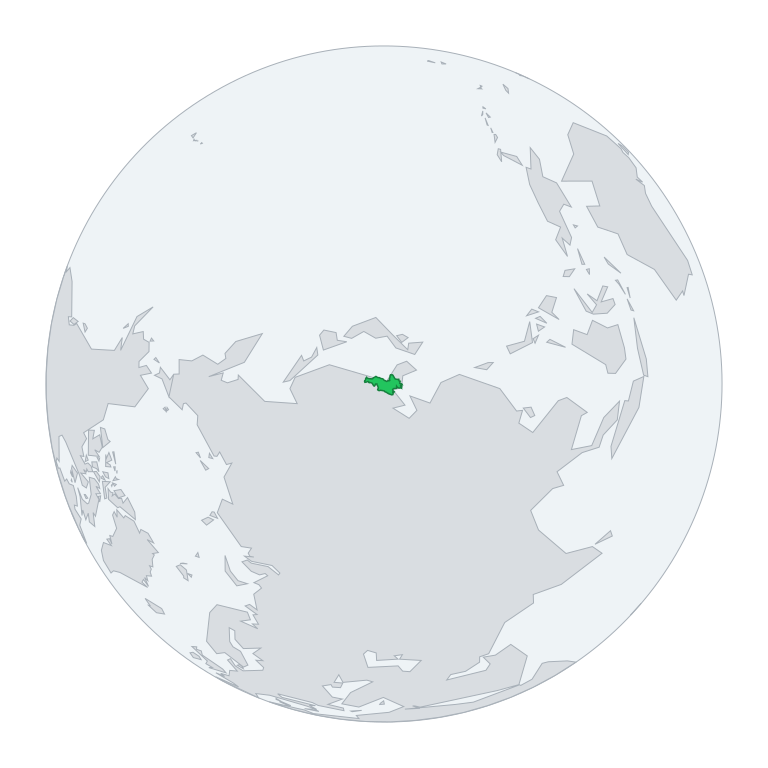 the Earth from above North Korea, rotated 240°
{"feature_id": "PRK", "entity_name": "North Korea", "entity_type": "country or territory", "adm_level": 0, "iso_a3": "PRK", "parent_name": "Asia", "parent_adm1": "", "projection": "orthographic", "projection_center": [127.346, 40.359], "detail": "medium", "context": "on_globe", "style": "filled", "palette": "green", "viewbox_px": 768, "rotation_deg": 240, "n_neighbors": 0, "source": "natural_earth", "source_scale": "50m", "svg_char_len": 13546}
<svg xmlns="http://www.w3.org/2000/svg" viewBox="0 0 768 768"><g transform="rotate(240 384 384)"><circle cx="384" cy="384" r="338" fill="#eef3f6" stroke="#a8b0b8"/><path d="M642.1,582.8L641.9,584.2L641.5,584.6L642.1,582.8ZM638.0,161.1L637.9,161.4L639.9,163.3L644.4,168.7L640.0,165.0L641.8,170.2L628.7,165.1L598.3,147.1L600.1,144.3L592.6,141.0L589.9,144.7L590.0,148.1L560.5,148.1L547.9,167.3L555.1,180.6L544.8,172.7L565.9,203.8L566.2,222.6L559.0,197.2L553.0,191.5L549.8,201.7L543.0,198.2L537.5,201.4L529.6,196.7L526.0,183.1L520.8,180.0L518.9,187.5L509.7,188.1L513.3,177.4L497.8,177.6L488.8,156.8L505.0,135.3L493.3,123.0L492.0,99.5L485.4,99.1L480.7,91.0L471.3,87.8L473.7,85.2L464.1,85.0L463.7,88.1L459.3,89.3L453.7,87.9L455.9,84.0L459.0,84.1L456.7,82.3L460.2,81.1L455.3,80.9L458.5,76.9L447.1,79.0L442.8,74.2L447.2,72.1L457.4,74.8L493.1,79.4L500.7,79.6L501.1,76.3L479.4,64.0L483.4,63.7L481.0,61.4L473.9,59.9L473.3,61.3L459.5,58.9L460.4,61.7L454.9,61.5L451.5,64.2L440.5,61.3L431.6,57.4L433.9,55.3L430.1,53.8L418.6,54.3L413.8,49.9L394.9,46.9L395.0,46.6L411.8,47.3L435.4,50.1L446.7,52.0L471.0,57.5L494.9,64.8L518.1,73.8L540.6,84.5L562.2,96.9L582.9,110.8L602.5,126.2L620.9,143.0L638.0,161.1ZM435.7,50.1L431.4,49.4L435.7,50.1ZM695.4,347.2L692.6,341.7L695.4,341.4L695.4,347.2ZM690.1,340.9L691.3,342.2L690.2,341.7L690.1,340.9ZM688.8,342.2L689.8,341.3L689.0,343.0L688.8,342.2ZM687.4,344.8L688.1,343.1L688.1,343.6L687.4,344.8ZM684.2,346.8L683.3,347.1L683.6,344.9L684.2,346.8ZM591.1,150.4L590.6,145.3L595.5,143.6L596.8,148.1L591.1,150.4ZM580.6,155.0L578.5,151.1L587.1,153.9L585.6,155.2L580.6,155.0ZM561.8,191.4L562.6,185.9L564.1,192.6L561.8,191.4ZM538.1,202.8L540.0,205.6L536.4,206.1L538.1,202.8ZM457.7,65.7L454.7,64.9L456.9,64.8L457.7,65.7ZM459.1,67.8L463.9,68.2L465.3,69.3L462.3,69.0L459.1,67.8ZM521.0,199.6L514.5,200.0L520.4,197.1L521.0,199.6ZM453.0,67.1L467.1,71.2L469.4,73.2L460.1,74.0L453.0,67.1ZM510.3,198.7L494.7,200.7L497.6,206.8L480.4,191.3L499.4,194.3L506.3,189.6L505.8,195.1L510.3,198.7ZM466.0,89.8L466.2,86.4L471.2,90.6L466.0,89.8ZM470.2,92.3L491.8,105.1L488.7,110.0L482.1,104.4L482.2,112.4L470.1,108.4L467.3,103.1L471.7,100.6L463.7,101.1L470.2,92.3ZM473.4,182.8L469.1,181.6L473.0,180.4L473.4,182.8ZM457.9,90.1L462.6,92.0L460.2,96.3L450.5,93.3L454.4,92.8L457.9,90.1ZM488.2,116.7L484.7,119.7L473.9,117.1L471.1,118.1L469.5,108.7L488.2,116.7ZM452.1,91.2L445.6,91.8L441.7,88.6L453.3,88.6L452.1,91.2ZM463.7,98.8L462.1,100.8L459.8,98.6L463.7,98.8ZM423.9,78.8L429.5,80.4L428.8,82.7L423.9,78.8ZM443.5,92.2L444.9,93.3L445.2,94.5L440.3,94.4L443.5,92.2ZM462.1,107.8L458.3,106.3L462.2,111.5L454.2,110.2L454.6,104.4L451.1,106.4L448.7,106.0L451.7,101.7L462.1,107.8ZM436.2,98.0L434.0,90.9L423.8,87.0L424.2,84.7L440.5,91.5L436.2,98.0ZM445.1,100.5L439.7,98.4L442.9,96.4L448.6,96.6L445.1,100.5ZM448.7,111.6L460.8,115.0L460.3,116.2L448.7,111.6ZM432.6,97.2L433.3,99.0L431.5,97.1L432.6,97.2ZM443.1,107.5L447.4,108.4L446.7,109.8L443.1,107.5ZM430.9,102.0L430.2,99.6L434.0,99.5L430.9,102.0ZM436.0,104.8L434.0,106.4L435.8,101.0L438.0,105.0L436.0,104.8ZM441.7,108.6L442.7,109.7L440.0,108.0L441.7,108.6ZM416.8,103.9L418.2,97.1L426.6,96.8L424.2,103.4L416.8,103.9ZM166.2,125.7L146.5,146.6L141.6,152.0L133.8,158.2L106.8,195.0L110.8,194.3L97.1,224.3L94.8,239.8L112.9,226.7L116.8,200.7L128.1,187.6L133.5,200.8L131.7,225.3L136.1,221.1L146.1,199.3L154.8,199.5L150.6,191.6L145.6,198.8L142.8,194.5L147.3,187.8L150.2,187.8L153.3,179.7L138.7,182.7L132.0,190.4L134.6,175.2L123.6,186.8L121.1,186.0L138.6,166.2L143.9,162.7L168.9,137.0L163.6,139.0L139.7,163.8L143.1,158.7L135.8,163.0L144.0,155.8L171.6,129.4L180.0,118.2L174.9,118.5L207.2,96.0L214.7,91.8L194.4,106.6L200.4,104.0L218.0,94.0L210.4,99.8L215.1,97.9L208.8,103.9L213.1,107.2L208.7,113.4L223.2,110.5L222.9,113.7L214.4,114.2L206.1,118.5L196.7,135.9L198.6,138.0L208.8,135.0L205.0,140.7L216.1,135.7L216.9,145.3L225.2,129.9L237.4,127.3L244.9,131.4L250.4,128.1L238.1,121.6L231.9,121.8L224.2,126.1L208.6,125.6L209.1,120.8L231.0,111.8L234.1,104.3L249.9,101.7L273.2,118.8L276.4,129.0L254.7,151.6L246.6,150.4L250.3,141.3L235.1,152.3L242.0,150.1L238.7,155.2L249.6,155.1L247.8,158.8L261.2,152.8L260.3,157.4L251.8,161.1L267.1,166.1L268.5,175.9L272.8,175.3L277.0,172.0L276.1,187.4L279.3,186.3L280.9,180.8L288.2,175.4L301.0,172.1L299.9,177.6L295.2,179.5L283.8,192.3L271.4,197.2L272.3,199.3L282.8,196.3L296.7,180.6L304.7,177.1L299.2,184.8L301.8,181.7L305.4,181.8L308.1,187.2L314.6,179.1L355.9,175.3L365.1,186.4L355.6,193.0L383.4,198.9L391.6,212.7L393.0,207.3L407.3,207.7L404.9,203.2L406.6,200.8L442.1,201.8L449.7,206.9L466.5,203.0L467.3,200.5L462.6,196.3L480.4,191.3L497.6,206.8L495.1,211.6L507.6,218.8L500.1,229.1L499.6,241.6L484.2,249.9L485.2,259.8L490.0,261.6L494.9,276.9L488.5,303.8L472.6,273.9L478.0,235.9L474.0,250.3L468.6,244.9L463.3,249.0L460.9,259.9L464.6,262.3L428.6,272.0L410.4,299.0L427.0,300.2L434.2,310.4L428.0,346.3L384.9,387.5L394.0,404.9L392.4,415.0L379.8,419.1L381.7,404.4L371.8,397.1L374.8,388.7L355.2,391.6L358.6,379.7L341.7,388.6L344.7,399.3L360.7,400.5L344.5,414.3L356.8,434.1L354.6,454.1L322.1,482.0L294.3,485.3L291.9,490.8L282.7,481.2L267.6,488.6L282.4,526.6L280.9,535.6L257.8,545.8L257.9,539.1L233.5,513.5L226.8,533.1L245.1,557.6L251.4,579.4L236.3,568.1L230.2,548.3L221.7,538.7L225.5,521.3L221.5,490.0L206.4,488.9L209.1,477.8L201.2,447.8L180.3,444.8L146.2,456.9L139.0,483.2L128.4,488.2L121.8,437.3L127.1,408.0L119.6,404.0L117.1,369.3L98.1,339.8L99.9,330.4L95.3,327.7L94.4,311.0L99.0,296.5L96.3,290.3L85.1,329.1L88.5,336.0L97.8,333.4L93.5,344.9L95.1,363.6L76.9,372.1L56.2,350.5L61.8,329.1L86.1,253.7L89.7,249.8L90.2,249.1L90.9,247.8L85.2,252.9L92.0,239.5L70.7,285.8L63.8,302.3L55.7,351.0L54.6,351.7L54.3,364.6L63.0,381.3L61.3,387.4L52.5,404.4L47.2,411.1L46.1,386.4L46.8,361.7L49.3,337.2L53.7,312.8L59.7,288.9L67.6,265.5L77.1,242.7L88.2,220.6L100.9,199.4L115.2,179.3L130.8,160.2L147.9,142.3L166.2,125.7ZM121.9,262.6L126.0,278.0L137.9,259.9L140.4,264.6L143.5,257.0L138.7,258.6L148.3,239.4L155.0,242.8L161.5,236.6L160.4,231.2L146.6,228.4L132.8,255.3L126.0,256.6L121.9,262.6ZM404.3,46.7L395.8,46.5L399.7,46.5L397.7,46.4L404.3,46.7ZM420.8,48.1L428.8,49.1L427.4,48.9L420.5,48.1L420.8,48.1ZM247.2,84.4L240.7,87.7L236.7,87.8L242.4,82.1L248.2,81.6L247.2,84.4ZM232.4,92.5L252.7,86.4L250.0,90.4L248.0,89.0L244.2,92.3L240.1,91.1L217.8,101.8L212.8,102.8L226.0,90.5L224.4,93.6L230.9,89.9L232.4,92.5ZM309.1,70.6L317.8,69.9L300.6,79.2L294.5,78.9L299.7,72.6L310.1,69.4L309.1,70.6ZM433.7,68.7L438.2,69.2L437.6,70.1L433.3,70.4L433.7,68.7ZM426.6,79.4L413.7,68.0L418.1,67.8L405.2,62.3L411.9,59.9L420.0,63.3L415.5,57.9L425.5,60.1L421.1,56.7L438.6,64.6L447.4,66.9L435.0,65.1L428.6,67.1L428.5,68.7L434.8,75.2L450.6,82.1L446.8,85.8L440.0,86.7L435.6,85.6L439.4,83.4L430.8,83.6L433.0,79.6L426.6,79.4ZM361.5,105.0L367.7,101.1L350.8,104.3L352.9,98.8L350.8,99.6L348.1,95.6L341.2,92.4L343.8,90.1L340.0,89.9L338.1,87.5L333.8,86.6L336.8,82.4L331.8,81.1L336.1,79.9L326.5,78.9L335.0,77.9L333.4,75.3L326.0,77.6L352.8,61.1L357.5,56.3L356.8,53.1L371.4,52.8L381.3,56.1L387.0,61.8L380.4,67.1L388.2,66.4L387.3,68.9L381.5,68.4L389.9,70.8L387.6,72.9L392.7,80.3L406.2,83.4L408.4,86.5L402.0,86.3L408.7,89.7L398.1,91.7L399.4,94.1L390.2,98.9L377.1,97.8L379.6,100.7L372.7,105.0L361.5,105.0ZM413.9,105.1L397.7,104.1L390.9,100.9L409.7,94.0L410.0,91.5L421.8,87.8L431.4,92.7L427.1,93.2L425.2,94.9L423.0,92.7L423.4,95.8L417.5,96.8L416.2,99.6L411.3,98.4L413.9,105.1ZM142.6,152.9L140.1,156.3L137.6,160.7L133.0,163.9L142.6,152.9ZM161.2,134.6L159.8,136.7L152.0,142.5L154.7,139.3L161.2,134.6ZM165.7,133.3L160.4,136.4L164.8,132.8L165.7,133.3ZM213.8,116.3L213.2,118.7L210.5,119.9L207.8,119.8L213.8,116.3ZM311.6,116.0L316.3,113.6L317.8,114.5L329.9,112.9L329.3,117.2L321.7,119.9L311.6,116.0ZM109.8,225.3L106.6,224.2L108.6,220.0L109.3,221.2L109.8,225.3ZM117.3,191.8L112.5,201.5L116.1,192.6L117.3,191.8ZM313.0,120.5L318.1,119.2L314.6,122.2L313.0,120.5ZM329.4,120.4L326.5,123.8L330.6,117.6L329.4,120.4ZM61.1,483.7L60.6,481.7L65.5,497.0L61.1,483.7ZM335.4,640.2L345.9,642.7L345.6,643.7L335.4,640.2ZM324.5,634.9L336.2,637.1L322.6,636.8L324.5,634.9ZM340.9,637.9L352.9,637.4L358.1,636.3L357.3,638.4L340.9,637.9ZM316.5,633.5L274.6,623.7L258.4,616.2L261.9,613.3L288.2,621.4L316.5,633.5ZM260.6,612.8L236.3,593.1L205.5,544.0L216.5,549.4L249.2,584.2L247.1,587.2L261.8,601.4L260.6,612.8ZM320.8,605.6L318.5,616.2L295.1,610.3L284.6,606.0L277.4,589.8L281.4,583.3L289.9,585.7L324.5,566.7L336.2,575.4L325.2,584.6L334.9,596.4L320.8,605.6ZM139.7,486.6L143.7,506.8L138.2,505.7L139.7,486.6ZM339.7,550.0L325.0,559.6L338.8,545.8L339.7,550.0ZM348.7,535.8L349.0,542.2L343.8,535.2L348.7,535.8ZM290.4,499.8L281.3,498.8L281.7,494.1L293.5,492.6L290.4,499.8ZM352.9,470.8L350.5,484.8L348.0,489.3L345.0,480.1L352.9,470.8ZM315.0,160.6L298.8,157.4L286.7,159.2L279.3,165.9L282.8,155.6L301.4,152.9L315.0,160.6ZM350.9,172.7L357.3,167.5L359.3,171.2L358.0,172.9L350.9,172.7ZM351.5,168.5L350.5,159.8L357.2,157.9L356.6,165.1L351.5,168.5ZM331.1,138.5L326.3,137.2L329.2,134.6L331.1,138.5ZM462.5,711.6L460.6,710.2L475.3,707.0L470.5,709.6L462.5,711.6ZM575.6,662.4L581.5,658.1L583.3,655.8L584.0,656.4L587.8,653.6L575.6,662.4ZM404.0,704.7L339.2,708.7L324.4,705.5L326.8,702.6L310.6,688.0L315.3,689.1L310.5,679.0L348.0,675.5L374.5,659.3L397.0,661.7L413.0,647.6L436.6,648.3L430.3,659.9L455.7,665.6L470.9,639.2L488.3,663.3L508.0,667.8L515.7,678.5L487.4,700.9L469.3,706.9L465.0,706.7L457.7,709.1L445.2,710.4L436.6,706.8L429.5,708.9L435.5,704.5L425.7,708.7L418.3,705.8L404.0,704.7ZM573.6,637.3L577.5,636.3L584.2,636.9L577.9,639.1L573.6,637.3ZM632.2,594.2L634.3,594.5L630.1,597.8L632.2,594.2ZM641.5,584.6L636.5,589.0L642.1,582.8L641.5,584.6ZM592.3,616.0L594.5,616.6L592.9,617.8L592.3,616.0ZM590.7,616.2L592.8,612.9L592.7,615.4L590.7,616.2ZM571.3,609.8L573.5,607.6L574.6,608.3L571.3,609.8ZM361.5,644.6L375.8,638.2L383.9,638.1L361.5,644.6ZM567.8,607.9L562.0,609.5L562.5,607.8L567.8,607.9ZM568.0,604.3L567.3,602.4L571.1,606.1L568.0,604.3ZM556.7,602.8L563.9,604.6L555.9,603.5L556.7,602.8ZM552.5,604.5L547.4,604.1L547.7,603.4L552.5,604.5ZM496.7,618.8L515.6,628.8L500.9,631.0L484.1,625.2L471.9,634.0L443.6,634.7L449.8,629.6L445.8,622.4L417.1,619.7L411.3,614.5L421.3,611.3L402.7,606.7L423.1,604.8L431.6,615.4L443.2,607.0L463.7,608.1L483.9,609.9L500.6,615.4L496.7,618.8ZM423.6,627.6L427.1,627.6L424.1,630.6L423.6,627.6ZM537.7,601.0L545.1,604.1L544.3,605.5L540.7,605.6L537.7,601.0ZM504.3,613.1L522.1,601.8L526.4,601.1L514.7,612.7L504.3,613.1ZM517.6,597.0L526.0,596.7L530.6,600.6L528.9,602.3L517.6,597.0ZM382.0,616.6L381.2,619.4L376.0,616.7L382.0,616.6ZM388.7,615.3L404.5,619.3L387.3,617.7L388.7,615.3ZM341.9,600.1L346.3,607.7L360.4,605.0L349.6,610.1L359.5,622.5L356.3,626.3L346.5,613.1L343.5,625.0L337.3,623.9L333.7,612.7L339.8,600.3L346.0,595.5L371.6,596.2L341.9,600.1ZM388.4,606.8L384.3,598.2L387.5,592.9L391.9,597.6L388.4,606.8ZM372.6,576.6L362.2,565.2L352.3,567.9L372.8,555.9L379.3,568.9L372.6,576.6ZM364.5,553.0L355.2,555.4L365.1,548.1L364.5,553.0ZM353.1,551.6L352.5,544.1L359.6,546.1L353.1,551.6ZM369.2,553.9L371.8,541.6L375.0,549.4L369.2,553.9ZM350.8,527.0L365.2,541.4L345.6,533.3L347.0,508.4L355.5,509.1L350.8,527.0ZM412.1,428.1L411.2,420.2L419.5,419.1L417.8,424.8L412.1,428.1ZM445.7,410.2L421.4,416.3L401.8,421.7L407.0,425.8L400.9,438.5L394.2,425.4L409.3,412.3L423.9,410.6L427.8,399.7L439.6,392.8L439.7,378.8L445.4,373.1L449.8,385.5L445.7,410.2ZM439.2,372.9L443.7,348.5L458.5,352.6L460.8,358.9L452.5,368.2L445.2,365.4L439.2,372.9ZM449.2,344.0L442.2,341.2L434.0,304.2L436.0,297.7L450.0,326.9L444.1,326.0L443.5,334.7L449.2,344.0ZM469.5,184.6L469.2,181.9L472.2,184.4L469.5,184.6ZM405.0,198.4L407.9,195.5L411.3,198.2L405.0,198.4ZM417.8,189.1L411.8,188.1L418.5,186.9L417.8,189.1ZM398.5,186.5L409.7,186.6L398.4,189.9L398.5,186.5Z" fill="#d9dde1" stroke="#a8b0b8" stroke-width="1"/><path d="M388.7,394.2L388.6,394.3L387.8,395.8L387.2,396.1L383.8,396.1L382.8,396.2L382.4,396.5L381.3,398.0L380.8,398.4L380.8,399.1L380.7,399.2L379.5,398.6L378.7,398.9L378.5,399.3L378.3,399.4L378.0,398.6L377.5,398.6L376.7,397.9L376.3,398.1L375.8,398.9L375.2,399.4L374.7,399.4L374.8,399.3L374.5,398.7L373.6,398.5L373.0,398.2L374.3,397.5L374.1,397.3L373.1,397.3L372.7,397.1L372.1,397.1L371.7,397.0L372.6,396.4L372.6,395.7L373.1,394.9L373.5,394.5L374.6,393.9L375.8,393.8L375.2,393.4L374.6,393.4L374.0,393.0L374.0,392.6L375.2,390.2L375.0,388.8L373.8,388.4L372.3,387.4L372.2,387.5L372.1,388.0L371.7,388.2L371.4,387.2L370.4,386.4L370.7,385.3L373.0,383.3L373.5,383.2L373.6,382.9L373.8,382.8L374.9,382.2L375.4,382.1L376.2,381.4L376.4,381.4L376.8,380.9L378.0,380.7L378.7,379.7L379.1,379.4L379.9,378.3L380.2,378.1L380.7,376.4L381.3,376.0L381.5,376.0L382.1,375.6L382.5,375.8L383.0,376.6L383.1,376.9L383.3,377.1L385.5,377.6L386.5,377.5L386.9,377.6L387.6,377.9L388.2,376.9L388.2,376.6L388.0,376.3L387.7,376.1L387.0,374.9L387.1,374.4L388.2,374.1L388.7,374.2L390.9,374.0L392.1,372.9L392.2,372.4L392.6,371.8L393.0,371.6L393.5,371.9L393.8,371.6L394.2,371.5L394.5,369.6L394.9,368.5L395.0,368.3L395.5,368.5L395.8,368.4L396.1,368.7L396.5,368.9L396.6,369.7L397.1,370.4L397.7,370.7L398.6,372.3L398.4,372.4L397.6,372.3L396.6,373.0L396.4,373.6L395.7,374.2L395.1,375.3L394.6,375.9L394.3,376.6L394.3,377.2L394.7,377.8L394.7,378.3L394.5,379.3L394.7,380.5L394.5,380.9L392.9,381.7L392.5,382.1L391.9,383.1L391.2,383.5L390.7,383.9L390.1,384.2L389.7,384.9L389.3,385.3L388.3,385.9L387.4,385.9L386.8,386.1L386.4,386.7L385.0,387.4L384.8,387.9L384.9,389.3L384.8,389.8L384.5,389.6L384.3,389.8L384.2,390.3L384.2,390.8L386.0,391.5L386.9,392.6L388.2,393.5L388.7,394.2ZM372.9,388.7L372.6,388.9L372.6,388.6L372.8,388.3L373.0,388.3L372.9,388.7Z" fill="#22c55e" stroke="#15803d" stroke-width="1.5"/></g></svg>